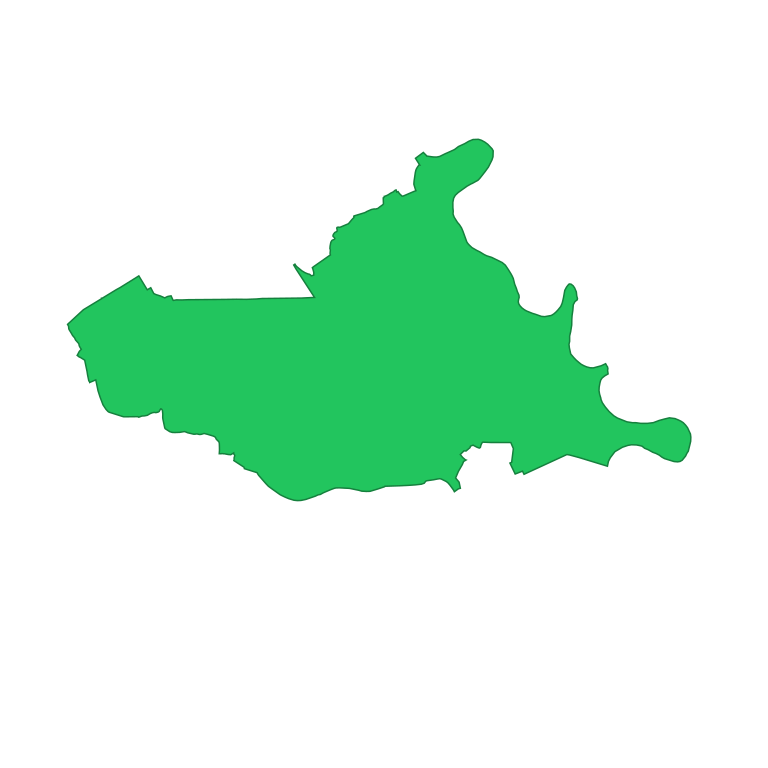 the district of APA, Satu Mare, Romania, rotated 231°
{"feature_id": "2599482B68771602818343", "entity_name": "APA", "entity_type": "district", "adm_level": 2, "iso_a3": "ROU", "parent_name": "Romania", "parent_adm1": "Satu Mare", "projection": "albers", "projection_center": [23.208, 47.766], "detail": "fine", "context": "isolated", "style": "filled", "palette": "green", "viewbox_px": 768, "rotation_deg": 231, "n_neighbors": 0, "source": "geoboundaries", "source_scale": "gbopen_adm2", "svg_char_len": 6171}
<svg xmlns="http://www.w3.org/2000/svg" viewBox="0 0 768 768"><g transform="rotate(231 384 384)"><path d="M539.2,560.3L539.6,550.5L531.9,549.6L532.3,549.3L531.4,546.2L530.9,544.8L530.1,543.3L528.7,541.5L522.9,535.2L521.0,533.4L520.2,532.8L515.3,530.8L514.1,530.5L514.8,528.5L517.9,517.5L518.5,516.3L522.2,515.8L524.7,516.0L525.2,514.7L527.2,515.5L527.5,514.7L527.6,513.6L527.4,512.5L528.1,509.4L528.4,506.4L528.8,504.6L529.4,502.7L529.6,502.3L529.3,502.2L529.0,501.2L529.0,500.8L529.1,500.5L524.7,497.2L524.3,496.8L524.1,495.8L524.3,492.2L524.3,489.8L525.2,487.7L526.3,486.4L527.5,484.1L528.9,479.1L529.0,478.1L529.3,476.8L533.5,466.4L533.4,466.1L532.6,465.7L532.3,465.3L532.0,462.6L531.0,457.6L531.0,457.0L533.4,448.7L534.1,447.6L534.7,447.2L535.2,446.2L535.1,445.7L534.9,445.4L533.3,444.6L532.3,443.7L532.3,442.8L532.6,441.7L532.7,441.1L532.2,439.0L531.9,438.4L531.5,437.8L530.8,437.3L528.7,437.6L528.2,437.5L527.9,437.2L527.7,436.8L527.8,436.1L528.3,434.4L528.3,433.8L527.9,432.6L527.6,431.9L526.9,431.0L525.1,428.9L523.3,427.2L522.2,426.8L521.4,426.2L519.7,424.5L519.0,424.0L518.0,423.6L518.1,422.8L518.2,421.8L519.5,403.1L519.5,401.5L518.2,401.1L515.2,399.8L514.1,399.0L512.8,397.8L513.9,395.5L514.9,395.5L516.1,395.2L517.4,394.2L520.1,392.7L523.7,391.4L530.0,390.1L531.7,390.0L533.2,390.2L533.3,388.7L528.8,388.0L495.0,384.5L502.6,374.1L527.2,343.0L530.4,338.3L536.4,330.3L542.7,322.7L550.0,313.4L572.8,284.8L576.5,279.8L580.1,275.5L581.5,272.9L581.9,272.8L586.5,274.0L587.7,271.9L588.3,270.6L588.9,267.8L593.2,265.6L597.1,263.0L599.2,262.0L605.6,263.3L606.2,259.3L622.3,261.5L625.0,239.7L625.8,235.3L628.0,218.9L628.3,218.6L628.0,218.5L630.9,197.1L629.5,175.6L627.4,175.2L625.3,173.8L624.4,173.5L619.9,172.9L617.7,172.5L614.5,172.6L612.4,172.0L607.7,172.2L607.2,172.1L605.5,171.2L603.7,170.8L601.5,170.6L601.1,167.8L600.8,167.0L599.5,164.1L599.4,163.6L597.2,164.0L595.3,164.9L590.9,166.4L580.6,161.1L577.7,159.4L572.5,156.7L571.4,156.5L570.8,156.6L570.4,156.3L568.6,162.6L558.7,157.5L552.5,155.1L544.6,152.5L539.3,152.0L536.3,152.2L535.1,152.6L522.8,160.7L522.2,161.2L513.5,172.2L512.9,172.3L512.5,172.6L511.5,175.6L509.9,177.9L508.6,180.4L508.1,183.8L507.5,185.7L506.6,187.5L505.3,188.7L504.5,190.3L504.2,191.3L504.2,192.1L505.1,194.4L505.2,194.9L505.0,195.1L504.3,195.3L503.4,195.3L502.8,195.1L499.9,193.2L497.3,191.0L495.9,190.1L488.1,186.1L487.0,185.8L481.8,187.5L479.6,189.0L478.0,190.8L475.0,194.8L472.9,198.5L472.3,199.3L469.7,200.7L464.9,204.4L464.1,205.3L463.1,207.0L462.6,207.5L461.0,208.7L460.4,209.5L459.9,210.3L458.8,213.0L458.6,213.2L455.8,215.3L450.9,218.6L449.6,219.2L448.6,219.4L446.5,218.9L443.1,219.3L442.2,219.0L441.3,218.5L438.4,216.3L436.0,214.4L433.5,212.1L432.3,213.5L431.9,214.3L431.2,215.0L430.9,215.2L430.4,215.9L427.2,218.6L425.5,220.4L425.0,223.8L424.1,223.2L422.9,223.2L422.2,222.9L421.1,221.2L419.4,219.8L419.0,219.1L407.6,222.8L406.9,222.7L406.1,222.2L394.9,229.6L393.8,229.3L391.8,229.1L381.0,229.5L377.3,229.8L373.4,230.8L363.7,233.5L362.2,234.1L358.2,236.0L354.7,237.9L350.3,240.9L348.1,243.1L346.6,245.0L345.7,246.3L343.5,250.6L340.0,260.2L339.4,262.8L338.2,265.1L337.8,267.5L337.5,268.9L335.5,275.9L334.2,279.8L333.3,281.5L331.1,284.3L324.7,291.4L317.3,297.5L314.7,299.3L311.6,302.7L309.9,304.9L309.3,305.8L306.2,313.4L303.8,319.8L304.0,320.3L295.3,331.8L290.3,338.6L286.0,344.7L282.6,350.0L281.6,352.8L281.6,353.0L282.0,354.4L282.1,355.5L282.1,356.0L278.4,362.2L276.6,365.6L275.3,367.8L273.9,368.8L269.1,371.0L267.0,371.5L264.0,371.6L258.0,371.3L256.0,370.9L255.7,375.9L254.9,377.7L260.1,380.4L260.8,380.6L265.9,380.5L269.3,386.9L272.1,394.2L273.6,396.9L273.7,397.2L273.3,399.9L274.0,399.5L277.5,398.9L281.2,398.9L281.7,404.1L280.3,405.6L280.4,410.8L281.2,411.9L281.2,412.4L280.4,414.8L279.5,415.1L276.3,416.5L274.3,417.7L274.1,418.0L274.1,418.8L274.2,419.2L275.0,420.2L275.8,421.4L276.5,423.0L276.6,423.3L276.6,424.2L271.4,430.1L258.7,445.7L252.4,443.9L242.8,433.9L243.3,432.1L231.5,429.3L229.1,436.8L225.7,436.0L214.1,481.7L212.1,483.5L204.1,489.3L179.5,505.9L182.6,509.7L184.3,513.5L186.1,520.9L184.8,529.5L182.8,534.9L181.0,538.1L177.7,541.9L174.8,544.3L173.3,545.4L170.0,546.1L166.8,547.9L161.8,549.9L158.8,551.7L155.4,553.2L152.4,553.9L149.4,555.1L141.2,560.6L138.7,563.2L137.5,565.3L137.1,567.8L138.2,573.0L139.5,575.7L140.3,578.2L146.4,586.2L149.6,589.0L152.3,590.7L159.0,592.4L162.3,592.5L165.6,592.2L168.1,591.4L170.7,590.2L174.0,588.4L178.1,584.5L180.4,579.7L182.5,574.9L184.5,568.9L187.6,564.0L190.1,560.9L191.9,558.7L195.5,555.3L197.4,552.9L201.7,549.0L210.6,544.0L214.6,542.6L220.8,541.6L227.0,541.5L232.1,541.9L236.0,543.1L236.3,543.5L240.3,545.1L243.5,546.9L246.2,549.3L249.1,552.7L250.7,555.0L251.4,557.3L251.4,560.6L250.8,564.5L253.8,566.3L255.1,567.7L256.7,568.5L257.5,568.5L260.3,569.0L261.5,564.2L264.8,556.8L266.9,554.4L269.7,552.3L272.3,550.9L275.1,549.7L277.7,549.1L281.5,548.4L285.1,548.1L289.8,548.0L295.4,550.8L298.5,552.8L300.3,555.1L304.5,558.5L307.2,562.0L311.7,567.0L316.1,570.7L318.8,573.2L322.4,577.1L326.5,581.0L327.9,584.3L327.8,587.1L328.6,588.1L331.1,589.2L334.5,591.4L338.6,592.6L341.3,592.8L343.9,592.2L345.2,590.9L345.0,589.1L344.4,586.7L343.0,583.4L338.3,578.0L336.0,575.1L334.6,573.2L333.0,570.1L332.1,565.9L331.7,563.0L331.6,559.9L332.0,557.1L335.2,551.3L337.5,548.9L343.0,545.5L345.5,543.8L351.1,540.7L353.5,539.8L356.3,539.1L359.1,538.9L361.2,539.1L363.3,540.0L365.0,541.8L366.2,543.5L368.1,544.8L371.9,545.8L374.9,547.0L379.4,548.4L384.7,550.9L387.5,551.6L389.7,552.0L394.4,552.6L400.0,553.1L404.0,552.3L414.6,547.4L419.0,544.5L421.6,543.3L426.4,541.6L429.4,540.2L434.6,538.2L438.4,537.7L440.3,537.6L441.8,537.7L442.4,537.8L453.1,541.5L456.6,542.5L460.5,542.9L463.3,542.8L469.4,543.5L472.6,544.6L474.8,546.6L477.8,548.6L481.9,551.9L484.6,555.1L485.8,558.2L486.1,562.2L485.5,572.9L484.7,577.6L484.3,579.0L483.2,585.4L483.5,587.8L485.4,596.1L486.9,601.7L490.1,608.8L492.0,611.7L496.5,615.6L498.8,616.0L505.0,615.5L508.5,614.6L512.1,613.1L514.7,611.4L518.0,607.0L519.3,602.6L520.0,598.0L521.7,591.3L521.8,586.9L522.0,585.6L523.7,579.1L524.4,576.6L525.8,570.5L527.2,567.8L529.5,565.1L534.2,560.7L534.3,560.8L539.2,560.3Z" fill="#22c55e" stroke="#15803d" stroke-width="1.5"/></g></svg>